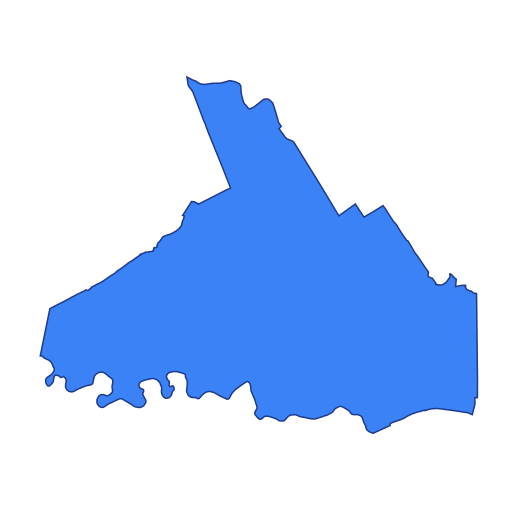 Gorgota, Prahova, Romania, rotated 178°
{"feature_id": "2599482B64281758145187", "entity_name": "Gorgota", "entity_type": "district", "adm_level": 2, "iso_a3": "ROU", "parent_name": "Romania", "parent_adm1": "Prahova", "projection": "mercator", "projection_center": [26.09, 44.773], "detail": "fine", "context": "isolated", "style": "filled", "palette": "blue", "viewbox_px": 512, "rotation_deg": 178, "n_neighbors": 0, "source": "geoboundaries", "source_scale": "gbopen_adm2", "svg_char_len": 6038}
<svg xmlns="http://www.w3.org/2000/svg" viewBox="0 0 512 512"><g transform="rotate(178 256 256)"><path d="M475.1,163.7L473.6,163.6L470.8,161.2L466.7,159.1L464.6,157.3L463.4,154.9L462.6,152.5L461.8,151.3L461.6,149.8L461.8,148.4L462.6,147.3L463.3,146.0L464.3,144.9L468.8,142.0L469.8,141.1L470.5,139.5L470.6,138.0L470.4,136.7L469.7,134.9L468.9,133.7L467.8,133.3L467.1,133.3L466.4,133.8L464.5,135.5L463.5,136.7L463.1,137.5L462.8,138.8L461.8,143.1L461.0,143.6L460.0,143.8L457.8,143.4L457.1,143.0L455.8,141.6L455.0,141.4L452.8,142.3L452.1,141.8L451.1,140.9L450.3,139.7L450.1,138.8L450.1,137.3L450.8,133.8L450.9,132.4L450.8,131.1L449.8,129.1L448.1,127.5L445.9,126.7L444.2,126.7L442.2,127.3L438.5,129.3L436.3,130.0L434.7,130.7L431.8,131.7L429.7,132.3L426.9,132.7L425.0,133.2L423.7,134.2L423.2,135.7L422.8,137.7L421.8,141.1L421.1,142.4L419.4,143.9L417.4,145.0L414.8,145.4L413.8,145.3L412.7,145.0L409.5,142.9L408.0,141.4L404.7,138.7L403.7,137.4L403.4,136.1L403.8,133.2L404.4,131.2L404.4,129.4L404.1,127.2L404.1,125.6L404.6,124.5L407.3,122.4L408.6,121.6L410.1,121.6L411.4,121.9L413.0,122.8L415.2,122.9L416.7,122.4L418.1,121.4L419.0,119.9L419.9,118.2L420.0,117.0L420.1,115.3L419.8,113.9L418.9,112.3L417.9,111.2L416.7,110.4L415.7,110.1L414.7,110.0L413.5,110.3L408.0,113.6L405.2,114.6L402.8,115.8L397.7,117.9L396.2,118.1L394.9,117.8L393.0,116.7L385.7,112.0L384.4,110.9L382.5,109.7L380.0,109.0L378.2,108.7L376.9,108.7L374.6,109.5L373.3,110.4L371.6,112.9L371.1,114.1L371.1,115.2L371.5,116.4L372.2,117.6L373.3,120.0L374.0,121.9L374.0,122.8L373.5,123.5L372.9,125.1L373.2,126.4L373.6,126.7L375.6,127.5L376.5,128.2L377.1,129.0L377.4,129.9L377.4,131.6L376.8,133.0L375.7,134.2L374.5,134.9L370.2,136.1L366.1,136.9L363.2,137.2L362.0,136.9L360.3,136.3L359.0,135.4L357.7,134.1L356.6,132.8L355.0,128.3L354.9,126.6L355.3,123.3L354.9,121.5L354.3,119.7L352.7,117.9L352.0,117.4L350.9,117.0L349.7,117.0L347.9,117.4L346.7,118.4L345.8,119.5L345.1,120.8L344.7,122.2L344.2,123.4L343.6,124.2L342.7,124.9L342.5,125.9L342.5,127.0L342.9,128.4L343.8,129.2L344.6,129.2L345.5,128.5L346.4,128.5L347.0,128.9L347.4,130.0L347.0,133.4L347.2,133.9L347.9,134.5L348.7,135.5L349.4,137.3L349.7,138.6L349.4,139.9L348.8,140.9L348.1,141.7L347.1,142.4L344.0,143.2L341.0,143.4L338.6,143.1L337.4,142.7L332.7,141.2L331.3,140.5L330.8,139.6L330.6,136.9L329.9,135.8L329.4,134.6L329.1,132.5L329.2,130.2L329.4,128.2L330.1,124.2L330.0,122.9L329.0,120.0L328.4,119.0L327.7,118.2L326.3,117.3L323.9,116.7L321.6,116.7L319.0,115.4L318.3,115.5L317.4,115.8L315.7,117.9L314.2,119.3L312.0,121.0L310.8,121.6L309.4,122.0L307.4,122.3L305.5,121.9L303.2,121.1L302.0,120.6L296.2,117.0L290.2,114.0L289.1,113.9L288.3,114.2L287.6,114.8L286.8,116.4L284.7,119.7L283.6,121.0L281.1,123.3L274.3,128.0L270.9,130.0L269.8,130.7L269.2,130.9L268.4,130.6L267.4,129.9L266.5,128.5L266.0,126.6L265.6,121.2L262.2,112.4L260.3,105.3L260.2,103.8L262.2,100.6L262.7,99.4L262.7,98.5L262.5,97.5L259.6,93.9L258.5,92.9L256.9,92.7L255.5,93.4L253.8,94.8L252.8,95.4L251.4,95.6L250.2,95.5L248.3,95.1L244.6,93.8L240.5,92.0L238.8,90.6L235.3,90.1L233.8,90.4L232.6,91.2L229.6,94.5L227.7,95.5L226.3,95.9L222.1,96.0L220.6,95.5L218.2,94.1L211.2,92.5L209.1,91.9L206.6,91.4L204.1,91.1L201.7,91.3L200.0,91.7L198.1,92.4L196.2,92.8L192.2,94.1L190.4,94.5L186.1,96.6L184.6,97.7L182.2,100.7L180.6,101.5L177.5,102.9L175.8,102.6L173.9,101.7L169.6,98.9L168.1,97.7L166.4,95.1L165.5,94.5L163.8,94.0L160.1,93.9L158.4,93.4L156.4,92.2L155.7,91.2L155.2,90.0L154.2,86.3L152.4,82.5L152.1,80.6L151.5,78.6L149.3,76.6L145.3,74.7L127.9,81.9L127.7,83.9L127.0,84.2L124.1,85.3L118.3,87.0L114.0,88.6L110.7,90.5L105.4,92.8L100.1,94.4L96.5,95.1L92.8,96.1L92.4,95.5L88.5,96.7L85.8,97.2L79.9,97.3L64.3,94.7L50.6,92.1L49.5,91.8L45.4,89.9L42.5,99.8L42.3,101.8L42.3,106.8L39.8,106.6L39.6,108.9L39.0,123.7L36.9,210.7L37.4,211.0L39.8,211.2L42.0,213.3L43.6,213.8L46.5,215.0L47.4,216.9L48.0,217.5L47.9,218.1L47.4,218.8L47.5,219.2L47.8,219.4L48.1,219.5L51.9,219.4L57.6,218.5L56.7,225.8L57.8,226.6L60.8,230.0L62.2,231.3L62.8,231.3L63.1,231.1L62.8,229.4L63.0,228.2L63.3,227.6L66.8,223.2L67.6,222.4L69.0,221.9L70.4,220.8L71.2,220.6L74.7,220.7L77.3,221.4L77.1,222.3L77.4,222.8L80.4,227.5L82.2,228.1L83.5,229.0L84.1,229.1L84.6,229.6L84.7,231.0L84.2,233.6L84.6,234.5L87.6,239.0L95.1,251.1L96.1,252.3L97.5,254.5L103.3,265.3L104.2,266.1L105.0,266.4L105.4,267.0L105.6,267.6L108.7,272.1L113.3,280.0L113.6,280.9L114.0,281.6L117.6,286.1L122.9,294.8L123.9,296.9L127.3,301.9L139.1,295.2L146.8,291.1L154.9,304.5L171.8,293.3L192.6,330.7L214.3,368.5L215.6,369.6L220.7,371.9L222.3,373.2L222.8,373.8L224.6,376.6L226.0,378.6L227.4,380.9L228.6,382.3L226.3,384.7L228.9,389.0L230.0,394.0L232.6,403.9L234.0,408.4L237.5,411.9L240.0,412.7L243.0,412.2L252.5,405.2L255.4,403.8L257.3,403.2L258.6,403.9L259.9,405.8L262.7,409.2L263.7,412.5L265.1,419.3L265.3,426.6L266.5,428.6L270.4,430.8L276.0,432.2L285.2,430.0L293.7,430.1L300.4,429.3L304.7,429.6L307.8,431.1L309.3,432.5L313.3,434.2L318.8,437.3L318.4,434.4L317.9,429.6L316.9,427.3L314.6,424.2L313.4,422.2L309.4,410.6L303.4,392.7L302.1,389.9L301.7,388.2L299.8,382.3L286.7,346.5L279.0,324.7L282.2,323.6L309.6,310.8L311.8,309.9L311.9,310.3L316.0,312.4L318.7,312.7L319.2,311.7L327.9,299.1L326.3,298.6L327.0,295.8L328.5,292.8L329.4,289.3L329.8,288.5L332.4,285.6L335.2,283.6L336.3,283.0L340.2,281.1L346.7,279.2L348.7,278.3L349.7,276.6L351.4,274.4L352.7,273.1L353.4,272.7L353.9,271.5L354.5,270.5L354.6,268.9L354.9,268.0L355.1,267.9L356.6,267.9L357.0,268.1L358.0,267.4L358.1,265.4L358.3,265.0L358.6,265.0L358.5,264.7L358.9,264.4L360.1,264.2L363.0,264.0L363.5,263.6L364.9,263.6L365.9,263.8L369.5,262.3L371.6,261.7L371.3,261.2L372.2,260.9L373.0,260.2L382.0,254.5L383.0,254.1L389.2,249.6L394.0,246.6L395.8,245.4L397.9,243.5L402.4,241.0L410.1,236.0L414.4,233.8L415.4,233.6L417.7,232.3L421.3,230.7L421.8,230.3L422.1,229.6L422.5,229.2L423.5,228.7L424.7,227.5L425.5,227.5L426.7,228.0L427.2,228.0L428.3,227.3L431.3,226.1L432.5,225.4L437.0,223.6L438.4,222.7L441.4,221.4L444.1,219.9L463.5,210.8L463.8,210.4L464.0,209.9L475.1,163.7Z" fill="#3b82f6" stroke="#1e3a8a" stroke-width="1.5"/></g></svg>